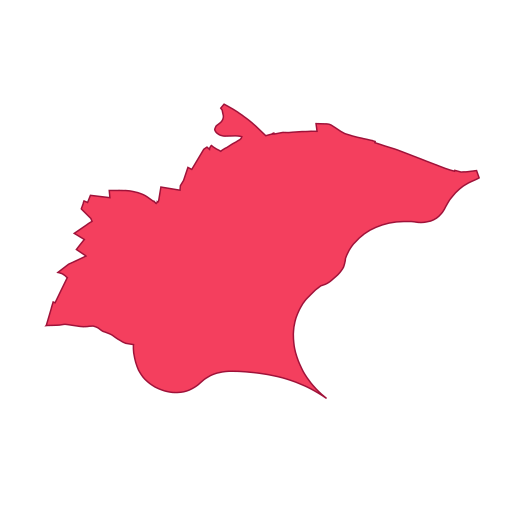 the district of Doesburg, Gelderland, Netherlands, rotated 201°
{"feature_id": "6326949B86842981978413", "entity_name": "Doesburg", "entity_type": "district", "adm_level": 2, "iso_a3": "NLD", "parent_name": "Netherlands", "parent_adm1": "Gelderland", "projection": "natural_earth1", "projection_center": [6.146, 52.019], "detail": "fine", "context": "isolated", "style": "filled", "palette": "rose", "viewbox_px": 512, "rotation_deg": 201, "n_neighbors": 0, "source": "geoboundaries", "source_scale": "gbopen_adm2", "svg_char_len": 6048}
<svg xmlns="http://www.w3.org/2000/svg" viewBox="0 0 512 512"><g transform="rotate(201 256 256)"><path d="M75.7,408.9L76.8,410.2L80.7,414.8L81.8,414.2L82.4,413.9L83.1,413.5L84.2,412.9L85.6,412.2L87.4,411.2L89.3,410.2L90.7,409.5L90.9,409.5L93.3,408.5L93.8,408.2L94.5,407.9L95.0,407.8L96.3,407.7L101.1,407.2L101.0,406.3L104.9,405.9L106.1,405.8L108.7,405.7L110.4,405.6L113.5,405.6L114.5,405.6L115.3,405.6L117.5,405.6L125.3,405.6L131.3,405.6L149.7,405.7L150.3,405.7L151.4,405.7L156.8,405.7L161.9,405.7L165.0,405.6L170.7,405.2L173.8,405.0L175.3,404.9L180.1,404.7L185.7,404.4L185.8,405.6L188.4,405.4L188.8,405.5L189.1,405.4L190.9,405.1L191.7,405.0L193.2,404.8L194.0,404.7L194.6,404.6L198.3,404.0L199.6,403.9L200.0,403.8L200.6,403.7L203.8,403.2L209.2,402.6L211.4,402.5L212.4,402.4L216.9,402.1L221.4,402.7L228.0,404.2L232.9,405.2L235.0,405.2L236.4,404.9L237.5,404.6L239.7,403.8L247.4,401.1L247.3,400.9L246.1,398.7L243.7,394.3L249.3,392.2L253.0,390.5L258.0,388.5L262.5,386.4L266.2,384.7L269.8,382.9L275.2,381.0L276.2,380.4L279.4,378.4L282.5,376.5L283.4,377.2L284.4,376.3L283.9,375.9L285.9,374.8L290.0,371.8L300.5,376.2L302.6,377.1L306.4,378.5L307.4,378.9L310.1,379.8L312.3,380.5L314.4,381.1L317.1,381.8L319.4,382.5L319.9,382.6L323.7,383.5L324.3,383.7L325.7,384.0L330.3,384.9L331.7,385.1L335.7,385.7L340.2,386.3L340.6,385.2L341.9,381.4L339.8,380.0L338.9,378.5L336.6,375.0L336.1,373.3L336.0,372.2L336.0,371.4L336.1,370.6L336.4,369.2L337.0,367.8L337.9,366.3L338.3,365.6L339.2,364.2L339.8,363.1L339.9,362.2L339.9,361.4L340.0,360.7L339.9,359.4L339.3,358.5L338.1,357.5L336.8,356.8L334.6,356.2L333.2,356.0L332.2,356.0L329.6,356.3L328.2,356.7L326.5,357.4L324.1,358.4L321.4,359.5L318.1,360.9L315.4,361.7L314.1,362.0L313.1,362.2L312.0,362.3L312.0,361.0L312.0,360.5L312.4,359.6L313.0,358.5L313.6,357.9L315.6,355.2L317.7,352.8L318.8,351.4L321.1,348.2L322.2,346.7L322.7,346.2L323.3,345.6L325.0,343.4L326.2,341.7L326.4,341.1L328.1,341.4L329.0,341.5L331.2,341.7L333.6,342.2L334.7,342.4L337.2,343.2L337.6,342.4L337.7,341.8L337.7,341.5L337.8,341.0L337.8,340.5L338.1,339.9L337.7,339.3L337.6,338.9L340.8,340.1L342.0,338.4L343.0,336.9L347.0,313.8L351.3,314.3L351.2,311.9L351.0,307.4L350.7,300.5L351.8,294.5L350.5,290.2L369.5,286.3L366.9,273.8L366.8,273.5L366.8,272.9L366.8,272.4L366.8,272.0L367.0,271.3L367.3,271.3L367.2,271.2L367.4,271.1L367.7,270.0L368.2,268.7L368.2,268.9L368.3,269.0L368.4,269.3L368.5,269.4L368.6,269.5L368.8,269.6L370.0,270.0L371.5,270.4L371.4,270.5L371.8,270.5L371.9,270.4L378.8,272.2L380.8,272.6L382.5,272.8L383.9,272.9L386.4,272.9L389.2,272.8L392.0,272.4L393.6,272.2L396.4,271.7L397.7,271.4L399.8,270.8L401.5,270.3L402.7,269.8L403.8,269.4L407.2,268.2L408.9,267.5L416.5,264.6L413.3,258.1L432.3,253.3L432.4,245.6L436.3,245.8L436.3,244.3L436.3,244.1L436.2,243.8L436.1,243.1L436.0,237.6L436.0,237.4L435.9,237.3L423.7,231.9L421.5,229.6L423.8,226.6L424.3,225.9L425.3,224.3L433.8,212.0L422.2,209.9L424.4,203.1L426.0,197.7L415.0,195.2L414.7,195.0L420.5,188.9L428.0,181.2L435.1,169.6L434.9,169.6L434.8,169.8L432.4,169.9L431.3,170.0L430.0,169.9L429.6,169.8L428.3,169.5L427.5,169.3L426.8,169.1L426.2,168.8L425.0,168.3L424.4,168.2L424.5,167.3L425.8,152.5L426.8,140.3L428.9,140.4L428.5,135.0L428.3,133.4L427.7,126.2L426.9,116.1L427.0,115.8L425.8,116.4L424.1,117.1L420.7,118.5L416.7,120.2L414.7,121.1L410.7,123.4L410.2,123.6L409.8,123.8L409.1,124.0L407.5,124.4L405.8,124.8L402.1,125.6L398.6,126.4L395.8,127.0L394.6,127.3L391.9,128.1L390.7,128.6L388.6,129.5L387.8,129.9L386.8,130.5L386.0,130.9L383.5,132.0L383.1,132.2L382.5,132.3L382.2,132.3L380.5,132.4L379.0,132.4L378.3,132.3L377.9,132.3L377.0,132.1L374.3,131.3L372.6,130.9L371.8,130.8L371.3,130.8L369.6,130.9L368.6,130.9L366.7,130.9L364.9,130.9L363.7,130.8L363.2,130.8L362.0,130.6L361.1,130.4L358.6,129.7L358.2,129.6L356.5,129.2L354.7,128.8L353.7,128.7L351.5,128.3L350.0,128.0L348.9,127.9L346.3,127.8L338.6,129.4L338.3,128.3L337.2,125.4L335.5,121.8L332.7,117.2L330.2,113.6L327.5,110.3L324.8,107.4L322.7,105.7L320.7,104.2L318.0,102.4L315.7,101.2L313.5,100.3L311.7,99.6L309.5,98.9L307.2,98.3L305.7,98.0L303.3,97.5L301.9,97.4L299.2,97.2L295.9,97.2L293.1,97.3L290.6,97.6L288.2,98.0L285.1,98.7L283.6,99.2L281.1,100.1L279.6,100.8L277.3,101.9L274.7,103.4L272.5,105.0L270.3,106.9L268.0,109.4L266.3,111.5L265.3,112.9L264.3,114.4L263.7,115.4L263.6,115.6L262.3,118.1L261.3,120.0L260.3,121.9L259.1,123.7L256.9,126.5L255.7,128.0L254.1,129.6L252.9,130.7L251.1,132.2L250.2,132.9L248.3,134.1L246.2,135.5L244.4,136.5L243.1,137.2L240.4,138.5L236.6,140.0L230.8,142.1L224.1,144.2L215.8,146.5L211.5,147.6L204.2,149.2L201.7,149.7L196.2,150.6L192.4,151.2L187.5,151.8L183.8,152.1L180.3,152.3L177.4,152.4L173.8,152.5L169.8,152.4L166.7,152.3L163.7,152.2L160.9,152.0L157.2,151.6L153.3,151.1L149.0,150.4L144.2,149.5L139.1,148.3L145.5,150.5L148.6,151.8L152.0,153.3L156.7,155.7L159.2,157.1L162.0,158.9L164.8,160.7L168.1,163.1L170.6,165.1L173.2,167.5L176.6,170.8L178.9,173.2L181.8,176.6L184.6,180.2L186.8,183.5L188.3,186.0L189.7,188.7L191.3,192.0L193.2,196.6L194.1,199.5L195.2,203.4L195.4,204.7L196.1,208.7L196.3,210.6L196.5,212.8L196.5,214.6L196.5,217.1L196.4,218.8L196.3,220.7L196.2,221.9L195.8,224.9L195.5,226.6L195.2,228.5L194.9,229.4L194.2,232.0L193.7,233.5L193.0,235.2L190.7,240.4L188.3,245.7L184.8,251.4L183.8,252.2L182.5,253.3L181.1,254.5L179.8,255.9L178.7,257.3L177.6,258.9L176.7,260.5L175.5,262.8L174.0,265.6L172.9,267.8L171.8,270.6L171.2,272.6L170.6,275.0L170.3,277.0L170.4,278.8L170.6,280.9L171.0,283.6L171.4,285.1L171.6,285.8L171.6,286.8L171.6,289.2L171.4,291.6L171.1,294.8L170.5,297.8L170.0,299.8L169.3,302.2L168.5,304.0L166.0,309.9L162.9,315.4L159.0,320.8L154.4,325.7L149.2,330.3L143.6,334.4L137.2,338.1L130.5,341.1L123.5,343.8L120.3,344.7L119.6,344.8L116.6,345.5L113.9,346.4L111.3,347.6L109.4,348.7L105.5,351.2L103.2,353.4L101.0,356.1L99.5,358.7L98.2,361.9L97.6,363.7L96.9,367.1L96.6,369.9L96.0,374.0L95.3,377.9L94.6,380.1L93.7,382.8L92.4,386.5L91.3,388.8L90.0,391.5L88.7,393.7L87.5,395.7L85.8,397.9L83.7,400.5L81.5,402.8L79.8,404.5L78.3,406.0L76.8,407.6L75.7,408.9Z" fill="#f43f5e" stroke="#9f1239" stroke-width="1.5"/></g></svg>